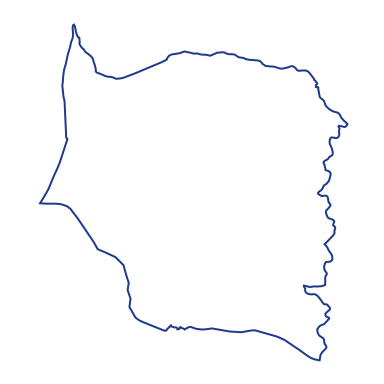 the district of Sukhuma, Champasak, Laos, rotated 186°
{"feature_id": "54806243B81764189920693", "entity_name": "Sukhuma", "entity_type": "district", "adm_level": 2, "iso_a3": "LAO", "parent_name": "Laos", "parent_adm1": "Champasak", "projection": "albers", "projection_center": [105.623, 14.635], "detail": "fine", "context": "isolated", "style": "outline", "palette": "blue", "viewbox_px": 384, "rotation_deg": 186, "n_neighbors": 0, "source": "geoboundaries", "source_scale": "gbopen_adm2", "svg_char_len": 5440}
<svg xmlns="http://www.w3.org/2000/svg" viewBox="0 0 384 384"><g transform="rotate(186 192 192)"><path d="M47.5,37.9L47.3,40.9L47.1,43.6L45.8,46.2L42.7,50.1L42.1,51.4L42.2,52.2L42.7,53.3L44.2,54.8L44.7,56.1L45.3,59.1L46.2,60.2L47.6,61.0L49.6,62.0L50.6,62.7L51.7,64.2L52.7,66.4L53.1,68.5L51.4,71.5L49.8,73.0L47.3,74.1L46.6,74.7L45.1,76.6L42.5,80.2L42.3,80.7L43.3,81.6L44.8,81.9L45.8,82.4L46.4,83.3L46.6,84.8L45.7,86.2L42.6,89.5L42.5,90.0L42.7,90.9L43.7,92.2L45.7,94.0L46.3,94.3L48.4,94.2L49.6,94.7L50.5,95.7L53.9,99.5L55.7,101.3L57.2,102.4L59.2,103.2L60.4,103.1L62.8,102.6L65.4,102.8L67.4,103.4L68.5,104.3L69.1,105.4L69.2,107.4L71.0,110.0L70.9,110.6L68.2,110.3L66.3,109.9L63.9,110.0L60.7,110.9L58.3,111.0L53.5,111.8L50.4,113.1L49.9,113.5L50.2,117.5L50.5,120.0L50.5,121.9L49.4,124.0L49.4,124.8L49.6,125.4L52.2,128.5L52.8,131.4L52.5,134.1L51.4,136.4L47.3,137.2L46.3,137.9L45.9,138.5L45.5,139.0L45.4,140.2L45.8,142.6L46.9,144.8L48.7,146.8L50.3,148.7L51.6,150.9L52.8,152.4L54.7,154.0L52.9,156.0L49.8,160.1L47.2,163.4L46.3,165.0L46.2,165.1L46.0,166.2L46.3,168.5L45.7,171.0L46.4,172.5L47.2,173.0L48.1,173.6L48.2,174.8L47.7,176.4L47.4,177.6L48.3,178.7L49.6,179.3L51.8,179.9L53.2,180.2L54.2,180.8L55.0,182.0L55.6,183.0L56.6,185.4L56.7,187.2L56.3,188.0L54.7,190.0L53.3,192.1L52.9,193.3L53.1,194.3L53.9,194.7L54.5,195.5L55.3,196.7L55.9,199.2L56.4,200.8L57.1,201.8L58.1,202.3L59.4,202.3L61.8,201.7L62.8,201.5L64.3,202.3L65.8,203.0L66.5,203.6L66.5,204.6L65.4,205.9L63.4,207.6L62.2,209.9L62.0,211.0L61.3,212.4L59.2,214.1L58.3,215.3L57.8,216.1L56.9,217.7L56.7,218.6L56.3,220.9L56.1,222.7L55.9,223.7L56.2,225.1L56.8,226.1L57.7,226.7L58.8,227.2L60.5,227.5L61.3,227.7L62.2,230.2L63.1,232.9L64.0,234.1L64.2,235.0L64.1,235.9L62.9,237.1L60.6,238.7L59.9,239.6L59.2,240.9L58.3,241.9L57.4,242.4L56.3,243.4L56.0,244.5L56.4,247.0L57.2,249.4L58.6,251.9L60.0,254.3L60.5,256.7L60.3,259.1L59.8,260.3L58.8,260.9L57.4,260.9L56.3,260.8L54.5,260.7L53.5,260.9L52.5,261.5L51.9,262.6L51.5,264.5L51.8,266.2L52.2,267.9L52.0,269.5L52.0,270.4L52.7,271.9L53.2,272.3L52.9,273.1L51.9,273.2L48.9,272.8L47.8,272.7L46.7,272.7L45.7,273.3L45.1,274.4L44.5,275.9L48.7,279.1L49.5,279.9L50.8,281.0L51.4,281.7L51.9,282.3L52.4,283.2L53.0,284.2L53.5,284.8L53.8,285.2L54.5,285.6L55.0,285.9L55.6,286.1L56.4,286.3L57.6,286.5L59.0,286.7L60.0,286.9L61.0,287.3L61.9,287.7L63.1,288.2L64.9,289.2L65.9,290.0L66.9,290.8L67.7,291.6L68.2,292.2L68.6,292.9L69.2,294.0L69.5,294.8L69.9,295.7L70.1,296.1L70.3,296.4L70.5,296.6L71.5,297.4L72.6,298.1L73.6,298.7L74.4,299.3L74.8,299.8L75.0,300.1L75.2,300.6L75.5,301.8L75.9,303.2L76.2,304.6L76.6,305.2L76.8,305.5L76.8,305.9L76.7,306.2L76.7,306.4L76.8,306.6L77.1,307.2L77.2,307.6L77.3,307.9L77.3,308.7L77.3,309.0L78.0,309.5L78.5,309.5L78.9,309.3L79.1,309.2L79.4,309.3L79.6,309.3L79.9,309.5L79.9,309.9L79.9,310.9L79.8,311.2L79.7,311.5L79.5,311.8L79.4,312.0L79.1,312.3L78.9,312.5L78.9,313.0L79.1,313.4L79.2,313.7L79.6,314.1L79.8,314.2L80.0,314.3L80.3,314.5L80.6,315.0L80.8,315.3L80.9,315.5L81.0,315.7L81.3,315.8L81.9,316.0L82.1,316.2L82.6,317.4L87.9,323.0L89.9,324.3L91.9,324.7L94.3,324.5L97.3,323.9L98.9,323.7L100.4,324.4L101.8,325.8L103.3,327.0L105.0,327.6L106.5,327.5L109.8,325.9L113.0,324.8L115.9,323.9L118.6,324.2L121.7,324.9L123.3,325.2L127.1,325.1L129.6,325.0L132.3,325.2L135.3,326.8L136.4,328.1L138.1,329.3L139.0,329.6L140.5,329.7L145.0,329.6L149.3,329.5L152.5,329.8L154.6,330.7L158.2,330.8L159.2,330.9L160.1,331.1L161.3,331.7L162.8,332.6L164.6,333.2L166.5,333.2L169.5,332.9L171.0,333.0L172.9,333.6L174.7,334.2L176.0,334.2L181.7,333.1L183.7,331.9L187.8,329.6L188.7,329.5L192.4,330.0L195.5,329.7L196.6,329.7L197.7,329.7L200.9,330.3L202.0,330.2L205.0,329.8L206.9,330.2L210.0,330.5L213.9,331.0L214.9,330.7L218.6,328.8L222.0,327.9L226.8,326.6L229.1,325.1L230.9,322.1L230.9,321.0L235.1,318.3L261.3,303.9L272.9,298.1L275.2,297.5L277.8,296.9L279.6,296.7L282.0,297.5L283.8,298.0L285.2,298.0L287.5,297.8L289.8,298.2L292.3,298.9L295.7,300.0L298.6,300.6L300.3,301.7L300.4,303.6L301.8,307.7L303.4,311.1L304.7,314.4L306.5,316.3L309.5,318.4L312.6,320.1L314.8,322.8L316.0,323.4L316.7,324.0L317.8,325.3L319.2,327.0L319.5,328.0L319.5,328.5L319.3,329.1L319.6,330.3L319.6,330.7L319.8,331.3L319.8,331.7L320.0,332.4L320.1,333.2L320.5,333.6L320.5,333.8L321.3,333.9L322.2,335.0L324.4,339.5L324.6,340.9L325.1,342.2L325.6,344.0L326.8,346.1L327.4,345.7L327.8,345.1L327.9,344.4L327.9,343.6L327.7,341.6L327.2,338.9L326.7,336.2L326.8,332.6L327.9,328.3L328.4,323.8L328.5,322.8L329.5,317.8L330.1,313.8L330.5,310.0L331.0,305.4L331.6,302.5L331.9,300.4L332.0,300.1L332.1,297.5L332.2,294.3L332.0,287.2L332.1,284.6L331.7,282.5L330.0,274.2L328.2,268.7L322.9,233.7L322.5,232.5L321.4,231.7L326.1,209.8L326.7,207.1L328.1,202.2L331.3,192.7L334.9,180.4L335.4,179.2L336.9,175.6L338.5,172.1L341.9,164.9L335.2,165.2L325.5,166.2L321.2,166.2L314.7,164.8L313.5,163.9L311.3,162.7L309.1,160.3L303.0,153.9L284.8,132.3L279.8,125.3L270.8,122.5L261.3,119.2L252.5,112.1L248.6,102.2L245.4,95.0L245.8,87.9L242.0,79.4L242.2,71.0L235.0,61.1L233.0,60.0L231.5,59.0L229.7,58.4L226.8,57.4L205.4,51.3L203.7,51.2L199.1,57.1L198.4,56.1L197.1,56.0L195.6,55.5L193.7,55.7L192.3,55.0L192.2,54.0L191.2,54.0L190.2,54.7L189.8,56.1L189.2,56.5L188.0,55.6L186.0,55.2L184.9,54.5L183.4,55.8L180.9,57.3L179.4,57.7L177.0,57.2L173.2,56.3L167.2,56.3L162.6,57.2L157.9,58.4L139.7,57.2L128.3,57.7L118.1,60.6L114.7,61.0L92.3,57.1L84.6,54.6L67.2,45.3L61.4,41.9L56.5,39.4L52.7,38.4L47.5,37.9Z" fill="none" stroke="#1e3a8a" stroke-width="2"/></g></svg>